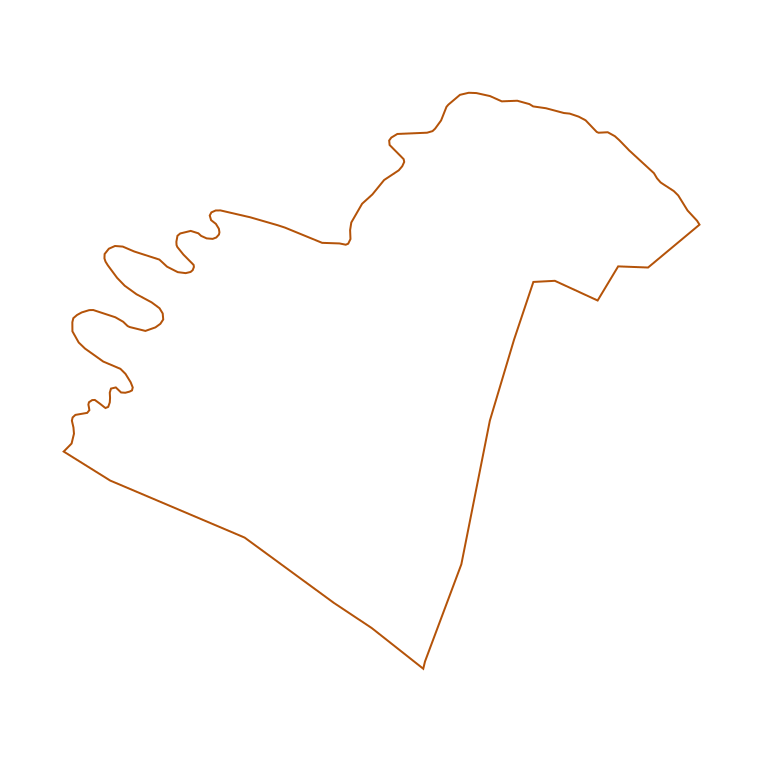 the district of Morgan, West Virginia, United States of America, rotated 357°
{"feature_id": "52423323B26366836110936", "entity_name": "Morgan", "entity_type": "district", "adm_level": 2, "iso_a3": "USA", "parent_name": "United States of America", "parent_adm1": "West Virginia", "projection": "mercator", "projection_center": [-78.31, 39.544], "detail": "fine", "context": "isolated", "style": "outline", "palette": "amber", "viewbox_px": 768, "rotation_deg": 357, "n_neighbors": 0, "source": "geoboundaries", "source_scale": "gbopen_adm2", "svg_char_len": 2094}
<svg xmlns="http://www.w3.org/2000/svg" viewBox="0 0 768 768"><g transform="rotate(357 384 384)"><path d="M60.6,434.7L105.5,466.1L236.8,530.1L322.5,600.0L359.0,627.1L408.3,670.4L410.4,663.3L451.8,568.1L487.8,426.1L516.2,346.5L538.5,289.9L560.0,289.9L601.7,311.8L624.0,278.8L653.8,281.5L707.4,241.4L705.2,237.4L696.2,226.6L687.7,211.1L683.5,206.5L673.6,199.3L670.8,197.2L667.4,192.9L664.6,187.6L640.9,163.4L639.9,162.2L631.7,152.8L627.5,148.6L620.6,144.3L611.4,144.3L609.6,143.4L599.1,131.2L592.4,127.2L583.6,123.7L577.8,122.8L560.2,117.1L547.5,114.6L543.9,112.1L531.9,108.1L516.4,107.9L504.9,102.0L491.5,98.3L483.9,97.6L475.0,99.2L462.9,108.4L460.9,110.5L454.8,123.8L448.4,131.7L445.7,134.0L440.2,135.3L410.4,135.0L404.2,138.3L401.9,141.1L402.1,145.6L415.4,160.5L415.8,163.3L413.6,167.5L409.9,171.4L394.8,180.3L382.3,194.1L371.6,202.8L359.8,221.0L358.2,228.6L358.1,237.5L355.6,242.0L353.1,242.9L346.9,241.3L329.6,239.8L293.2,222.6L286.2,219.9L258.8,210.4L255.9,209.6L229.8,202.1L225.0,201.9L220.6,203.6L218.8,206.6L219.9,211.3L224.5,215.3L227.2,220.3L227.6,223.9L227.0,226.1L224.2,228.9L220.5,230.1L214.5,229.3L209.1,226.5L206.5,223.8L199.0,221.0L188.4,223.0L185.5,225.2L184.1,231.1L184.1,234.4L184.8,236.4L190.4,244.2L200.1,255.1L200.3,257.2L198.9,260.3L196.7,262.0L191.7,262.9L183.9,261.5L173.5,255.5L166.2,248.0L141.5,238.6L130.3,233.1L122.6,232.1L116.3,234.5L111.8,239.6L111.4,243.9L112.3,247.2L114.4,251.0L123.0,264.0L130.2,272.3L141.5,281.4L156.2,290.3L163.8,296.6L166.7,302.0L166.9,308.0L163.8,312.2L158.7,315.5L148.5,318.5L133.0,313.8L131.0,312.7L126.8,308.2L119.2,303.3L97.5,294.9L93.5,294.8L85.9,296.7L81.1,299.0L77.2,302.0L76.0,306.0L75.6,315.1L81.3,326.6L87.3,333.0L104.8,346.9L121.6,355.1L126.4,360.4L131.1,369.0L132.9,374.3L132.0,377.2L129.5,378.3L125.2,379.2L121.0,378.7L116.0,373.4L111.1,374.3L109.7,378.3L109.7,383.6L109.2,388.0L107.4,392.4L104.5,393.4L99.3,388.8L94.4,384.8L91.7,384.8L88.4,386.8L87.7,389.1L88.1,391.8L88.4,394.7L86.1,397.3L74.2,398.7L71.3,401.1L70.4,404.3L71.6,411.2L71.8,417.4L68.9,427.1L60.6,434.7Z" fill="none" stroke="#b45309" stroke-width="2"/></g></svg>